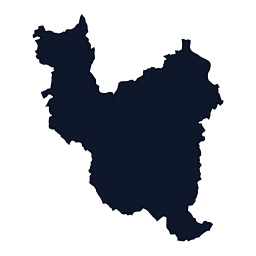 Esmeralda, Rio Grande do Sul, Brazil (Robinson projection)
{"feature_id": "56859067B97850438953486", "entity_name": "Esmeralda", "entity_type": "district", "adm_level": 2, "iso_a3": "BRA", "parent_name": "Brazil", "parent_adm1": "Rio Grande do Sul", "projection": "robinson", "projection_center": [-51.184, -28.039], "detail": "fine", "context": "isolated", "style": "filled", "palette": "ink", "viewbox_px": 256, "rotation_deg": 0, "n_neighbors": 0, "source": "geoboundaries", "source_scale": "gbopen_adm2", "svg_char_len": 4740}
<svg xmlns="http://www.w3.org/2000/svg" viewBox="0 0 256 256"><path d="M189.8,40.6L187.7,40.2L185.1,41.1L184.0,39.7L182.4,39.7L182.9,42.4L182.9,45.4L182.7,47.6L182.5,49.8L180.3,50.9L178.7,51.9L177.2,51.1L175.8,51.3L176.8,53.6L174.5,55.0L172.1,55.0L170.7,56.3L169.2,54.6L166.9,55.8L164.6,56.4L166.0,57.5L167.5,58.6L166.7,60.4L164.9,60.9L164.9,63.1L164.0,64.4L163.9,66.9L161.5,69.1L158.2,68.6L155.5,69.5L153.9,67.9L151.5,67.7L150.4,69.3L148.2,69.0L147.1,70.2L145.7,70.9L144.0,70.8L143.7,72.6L144.0,74.9L141.6,76.9L139.9,77.7L138.0,78.6L136.9,80.1L135.6,81.7L134.1,82.0L132.4,80.5L130.6,80.6L129.1,81.3L127.1,81.9L124.2,81.9L121.2,82.1L119.2,83.4L118.6,86.6L117.7,89.6L113.1,96.5L112.5,95.0L112.4,93.2L110.6,92.6L108.8,92.8L105.8,93.8L103.9,93.8L102.1,93.6L100.4,93.2L98.7,91.4L98.2,89.5L98.5,86.4L96.4,85.1L95.2,83.7L95.3,81.0L95.1,79.4L93.2,76.9L91.8,74.6L90.1,72.8L88.9,71.6L89.9,68.2L90.3,66.2L90.8,64.0L92.2,62.6L92.7,60.6L94.1,58.7L94.1,56.1L93.8,54.3L93.8,51.8L94.2,49.9L93.8,48.1L91.5,49.5L89.9,49.8L90.1,47.7L90.2,45.0L89.2,43.3L87.6,41.9L88.2,39.8L87.3,38.4L85.8,37.4L84.6,35.8L85.6,33.6L87.5,31.7L86.9,28.9L86.9,26.2L86.3,24.4L84.9,22.2L84.7,19.8L84.0,18.1L82.8,16.9L81.9,15.4L81.0,16.8L80.6,18.4L80.0,20.9L79.7,23.6L78.2,24.4L76.6,25.6L75.3,27.8L73.2,29.2L71.3,30.0L69.7,30.2L67.8,29.9L66.4,30.5L65.5,32.7L63.5,32.3L61.5,33.5L60.2,33.8L57.9,34.3L55.8,33.4L54.3,33.9L52.6,32.2L51.2,31.8L49.8,31.3L47.9,31.4L45.4,32.0L44.3,30.0L43.8,28.1L42.6,26.2L39.1,27.0L39.1,29.5L37.3,30.3L35.1,30.7L35.2,33.6L33.4,35.4L33.8,37.3L37.5,35.5L41.4,37.3L39.8,39.7L35.9,40.7L37.5,42.9L38.6,45.7L37.6,50.3L35.9,51.3L36.7,52.7L38.5,54.2L36.5,56.1L37.2,57.8L38.5,58.5L40.2,57.9L39.8,59.8L40.3,62.5L43.7,64.1L45.0,63.8L47.4,64.0L49.4,65.0L51.2,66.4L54.9,66.8L54.3,69.3L55.8,70.9L51.9,72.7L53.2,75.1L52.3,76.7L52.4,79.5L51.8,84.4L51.3,86.6L51.3,88.3L50.1,89.3L47.9,89.4L46.7,90.5L41.8,92.6L42.8,95.3L43.9,97.7L46.3,96.2L47.9,94.1L49.4,93.4L54.0,96.0L53.1,98.3L50.5,99.3L49.3,100.9L48.4,102.9L46.6,105.8L48.8,105.5L49.8,107.0L49.6,108.8L49.7,111.3L50.8,113.5L52.5,114.2L52.8,116.1L51.4,116.9L49.8,117.6L49.6,119.6L49.4,121.7L49.7,123.7L49.4,126.1L49.7,127.7L52.3,128.8L54.7,128.5L55.6,130.5L57.1,131.5L59.1,133.3L60.9,134.3L61.4,136.3L63.2,137.7L65.1,139.2L66.8,141.9L69.0,143.8L69.6,142.1L70.8,140.3L73.3,139.7L75.1,141.0L76.8,142.0L78.1,141.1L79.7,141.8L81.7,142.2L82.4,144.2L82.9,146.1L84.4,146.9L84.6,148.7L85.9,150.1L87.2,148.8L88.6,150.0L89.7,151.0L91.2,152.0L92.3,154.1L92.1,156.5L93.0,158.8L92.7,160.8L91.2,162.9L91.9,164.6L90.9,166.6L90.6,168.9L89.2,170.5L89.8,172.1L91.7,172.8L92.0,174.6L90.3,176.2L90.4,178.7L90.4,180.7L89.9,182.4L91.0,183.6L92.8,185.0L94.4,185.6L95.3,187.4L96.7,189.3L96.8,190.9L97.8,192.6L98.5,194.1L99.8,195.7L101.1,197.7L102.5,200.5L103.4,203.0L105.4,202.7L106.9,203.0L108.0,204.3L109.4,205.0L110.0,206.6L112.5,208.1L113.0,210.0L114.7,208.9L117.2,208.1L118.2,209.7L120.1,211.0L121.8,213.0L123.8,213.8L126.1,212.9L127.9,214.7L130.5,213.8L131.8,214.5L133.4,211.8L135.6,211.0L139.9,210.7L142.1,208.5L142.5,206.9L146.3,209.0L147.7,209.8L153.6,216.6L155.5,218.1L157.2,220.4L160.2,217.8L163.3,215.4L167.3,217.0L167.0,226.7L167.8,228.4L169.5,230.3L170.8,233.7L175.5,233.6L178.4,238.0L178.1,239.9L183.6,240.6L186.7,238.6L188.5,240.5L190.8,239.2L193.9,238.6L195.3,237.2L199.0,236.6L200.5,234.6L203.8,232.1L207.0,230.1L209.3,230.0L209.8,228.0L210.9,226.3L212.1,224.4L210.6,223.1L208.7,222.7L207.3,222.9L206.0,221.6L204.3,221.7L203.1,223.9L201.3,224.6L197.6,223.2L195.5,221.5L195.0,219.0L192.8,218.2L191.2,214.8L188.5,212.0L187.1,211.3L187.9,204.7L190.1,205.0L192.3,204.5L193.2,203.0L194.8,201.3L194.6,199.1L195.7,197.6L196.5,195.2L197.3,192.7L197.1,189.5L197.9,187.9L196.4,182.0L199.0,179.9L200.7,179.1L199.4,176.8L200.2,173.6L199.0,172.0L199.2,170.0L198.6,168.3L200.8,165.0L198.5,161.8L199.3,160.3L198.8,158.2L198.9,156.0L200.4,155.3L200.4,152.4L199.7,149.9L198.7,148.5L198.8,145.3L197.1,144.0L199.0,142.6L200.7,140.6L203.1,140.5L204.4,139.3L204.0,137.1L202.3,137.0L200.9,134.2L202.7,131.9L204.6,130.6L201.8,126.2L201.0,124.1L198.5,124.4L197.6,122.0L199.8,120.6L201.5,120.3L203.1,118.2L204.9,117.9L207.1,116.9L208.7,118.6L209.7,115.7L209.7,113.0L210.6,110.6L212.2,107.3L214.6,108.9L216.1,107.1L217.2,103.4L219.0,103.4L220.3,104.8L222.5,102.6L222.6,101.0L220.8,100.5L218.9,94.3L217.4,92.5L217.8,89.7L216.8,87.0L218.6,86.9L217.0,84.6L214.9,85.8L212.8,84.9L211.1,83.4L209.8,82.3L208.4,81.0L207.6,79.6L207.2,77.8L207.1,74.9L207.5,72.6L208.6,70.8L209.4,69.0L209.8,66.9L210.0,64.7L209.3,62.5L208.0,61.3L206.6,60.5L204.6,59.4L202.4,58.4L201.0,57.6L199.7,57.0L198.3,55.7L196.0,54.3L194.1,53.4L192.8,52.7L191.5,51.6L190.4,50.5L189.5,48.8L189.2,46.5L189.6,44.3L189.9,42.2L189.8,40.6Z" fill="#0f172a" stroke="#020617" stroke-width="1.5"/></svg>